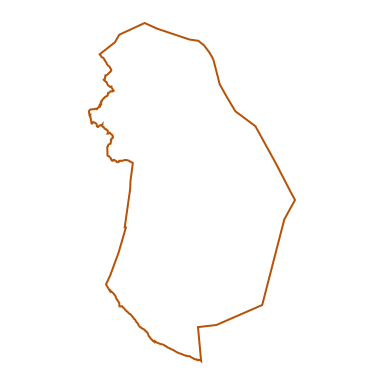 the district of Concepción del Oro, Zacatecas, Mexico
{"feature_id": "50627088B49626768055823", "entity_name": "Concepción del Oro", "entity_type": "district", "adm_level": 2, "iso_a3": "MEX", "parent_name": "Mexico", "parent_adm1": "Zacatecas", "projection": "albers", "projection_center": [-101.393, 24.45], "detail": "fine", "context": "isolated", "style": "outline", "palette": "amber", "viewbox_px": 384, "rotation_deg": 0, "n_neighbors": 0, "source": "geoboundaries", "source_scale": "gbopen_adm2", "svg_char_len": 5679}
<svg xmlns="http://www.w3.org/2000/svg" viewBox="0 0 384 384"><path d="M99.7,54.3L100.8,55.8L101.0,55.9L101.7,57.2L102.3,57.6L103.0,57.6L103.6,58.2L104.4,59.3L104.4,59.7L104.8,60.6L105.6,61.5L106.6,63.0L106.7,63.6L107.5,64.9L108.6,66.1L109.5,66.6L109.9,67.3L109.9,67.5L110.8,68.9L111.4,70.1L111.0,70.7L110.8,71.2L110.6,71.3L110.6,71.6L110.4,71.9L109.9,72.1L109.7,72.3L109.3,72.6L109.0,72.9L108.6,73.6L108.2,73.8L107.5,74.3L106.8,74.9L106.3,75.1L106.2,75.3L106.0,75.5L105.9,75.4L105.7,75.4L105.5,75.9L105.3,75.8L105.1,76.5L105.2,76.9L105.1,77.1L105.1,77.7L104.8,78.4L105.0,78.5L104.6,79.5L104.1,79.9L103.9,79.6L103.7,79.8L105.9,81.8L106.3,81.9L106.3,82.0L106.7,82.5L106.9,83.1L107.2,83.6L107.4,84.3L107.6,84.6L108.1,85.3L108.5,85.7L109.1,86.0L109.8,86.8L110.2,86.8L110.4,86.7L111.4,86.5L111.4,87.0L111.6,87.8L112.3,88.7L113.6,90.7L113.2,90.8L113.1,91.1L112.6,91.4L112.1,91.1L111.7,91.2L111.2,91.5L110.5,91.4L110.1,91.6L109.7,92.1L109.2,92.6L108.9,92.7L108.5,93.0L108.1,93.0L107.9,93.2L107.9,94.2L107.8,94.5L107.8,94.9L107.8,95.0L107.5,95.2L107.4,95.7L107.1,95.9L106.6,96.4L106.2,96.3L105.6,96.6L105.1,96.9L104.9,97.3L104.5,97.5L104.1,98.1L103.6,98.2L102.9,99.3L102.4,99.7L102.4,100.0L102.1,100.4L101.9,100.5L101.4,101.0L101.3,101.3L101.5,101.4L101.6,101.5L101.2,102.3L100.7,102.6L100.6,102.8L100.6,103.1L101.2,104.0L101.2,104.5L99.9,104.6L99.6,104.8L99.4,105.6L99.7,106.0L100.0,106.1L100.0,106.6L99.8,106.8L98.9,107.0L98.4,107.4L98.4,107.6L98.1,107.6L97.8,107.8L97.5,108.2L97.3,108.7L97.0,109.1L96.8,109.1L96.7,108.9L96.4,108.8L95.0,108.8L94.8,109.0L94.4,109.1L90.4,109.5L89.3,110.5L89.1,110.8L89.0,111.9L89.2,112.3L89.1,112.9L89.2,113.7L89.4,114.1L89.7,114.2L89.5,114.5L89.5,115.4L89.7,115.5L90.0,115.4L89.8,115.8L89.8,116.0L89.9,116.5L90.1,116.9L90.4,117.0L90.3,117.3L90.5,117.5L90.7,117.9L90.7,118.2L90.8,118.3L90.8,120.0L91.1,120.9L91.5,121.4L91.4,121.8L91.5,122.3L91.4,122.6L91.4,123.2L91.6,123.5L92.0,123.6L92.3,123.1L92.9,122.6L93.2,122.6L93.7,122.1L94.1,122.5L95.2,122.9L96.2,123.7L96.5,124.2L96.7,124.6L96.7,125.5L96.8,125.7L96.8,126.1L97.7,127.0L98.0,127.0L98.9,126.2L99.2,125.8L99.7,125.6L99.9,125.6L100.3,125.2L100.7,125.2L101.2,125.4L101.2,125.2L101.8,124.9L102.1,124.9L102.4,124.5L102.3,125.5L102.1,126.0L102.5,126.6L103.1,126.8L103.8,127.2L103.9,127.6L104.4,128.3L104.9,128.6L105.3,129.1L105.6,129.3L106.0,129.2L106.6,129.8L107.2,130.1L107.4,130.5L107.7,130.8L107.7,131.2L107.7,131.5L107.9,131.8L108.0,132.0L108.0,132.4L108.2,132.8L108.2,133.0L107.7,133.6L108.1,133.6L108.5,133.1L109.0,133.0L109.1,132.9L109.5,132.8L109.8,132.7L110.0,132.9L109.9,133.0L110.2,133.2L110.5,133.7L111.3,134.4L111.8,134.5L112.6,135.5L112.6,136.1L113.0,137.0L113.0,137.3L112.8,137.5L112.7,137.9L112.3,138.0L112.1,138.4L111.9,138.5L111.8,138.8L111.4,139.0L111.2,139.4L111.0,139.5L111.3,139.9L111.3,140.1L110.9,140.8L110.8,141.1L111.0,141.7L110.9,141.9L110.7,142.2L110.7,142.9L110.7,143.1L110.5,143.3L110.6,143.6L110.1,143.9L109.8,144.0L109.6,144.1L108.9,144.3L108.6,144.5L108.5,144.8L107.9,145.6L108.0,145.9L108.0,146.2L107.7,146.7L107.5,146.8L107.4,146.9L107.3,147.3L107.2,147.9L107.3,148.7L107.5,153.4L107.4,154.8L107.6,155.7L107.9,155.9L108.8,156.1L109.0,156.5L109.4,156.7L110.0,157.5L110.6,158.0L111.2,159.0L111.3,159.4L111.2,159.6L111.4,159.9L111.7,160.3L112.2,160.7L112.5,160.6L112.8,160.7L113.3,160.5L113.4,160.0L113.5,159.9L113.8,159.9L113.9,160.2L114.3,160.0L114.5,160.1L114.6,160.4L115.1,160.5L115.4,160.7L115.8,161.0L116.4,161.3L116.4,161.5L116.6,161.7L116.9,162.1L117.1,162.1L117.5,162.2L118.4,162.0L118.7,161.9L118.9,161.2L119.2,161.1L119.3,160.9L119.8,160.7L120.0,160.7L120.2,160.9L120.7,160.7L121.0,160.8L121.5,160.9L123.1,160.6L124.2,160.1L125.0,160.0L125.4,160.1L126.3,160.0L127.0,160.1L128.9,160.7L129.3,161.1L129.8,161.2L130.1,161.7L130.8,161.9L132.8,162.9L132.6,164.9L130.5,180.8L130.4,182.2L130.2,188.2L129.8,191.6L124.7,227.3L125.9,227.5L118.6,252.6L110.2,275.4L106.0,284.4L110.1,291.3L110.4,290.6L111.6,291.9L112.8,292.7L115.0,295.4L115.8,296.7L116.0,297.7L116.2,298.2L117.3,300.1L118.7,302.1L119.1,302.9L119.3,303.8L119.5,306.4L120.8,306.4L122.0,306.2L122.3,306.3L122.6,306.7L122.8,307.4L123.0,307.6L123.6,307.8L123.9,308.1L124.4,308.7L125.1,309.8L125.6,310.2L126.9,311.4L127.7,312.0L128.4,312.8L129.0,313.3L129.3,313.7L129.7,314.0L130.5,314.3L131.0,314.7L131.7,315.8L132.4,316.5L132.8,317.2L133.4,317.8L133.7,318.4L134.0,318.8L134.7,319.2L135.0,319.6L136.2,321.7L137.1,322.8L137.7,323.3L138.8,325.6L139.5,326.5L140.1,327.0L140.6,327.2L141.0,327.4L141.5,328.3L142.7,328.6L142.8,328.6L143.0,328.7L143.5,329.2L143.9,329.3L144.7,330.0L145.4,330.5L145.6,331.3L147.1,332.2L148.0,333.8L148.6,335.7L149.1,336.5L149.9,337.3L150.2,337.7L150.5,338.0L150.5,338.3L150.6,338.7L151.5,339.4L152.0,339.7L152.6,340.6L153.1,340.9L153.3,341.3L154.2,341.4L154.3,341.2L154.6,341.7L155.0,341.6L155.1,342.0L155.5,341.6L156.0,342.1L157.3,342.8L159.3,343.5L159.6,343.6L159.8,343.8L161.1,344.1L162.0,344.4L162.4,344.4L163.4,344.8L164.3,345.2L165.0,345.8L166.1,346.2L166.5,346.7L167.9,347.6L168.7,347.8L170.6,348.9L171.9,349.5L172.8,349.8L177.0,352.3L178.5,353.0L181.5,354.0L184.8,355.4L185.6,355.7L186.4,355.6L186.8,356.0L187.6,356.2L187.9,356.2L189.7,356.2L189.8,356.4L190.4,356.7L192.8,358.2L193.1,358.2L194.1,358.7L194.3,359.1L195.6,359.4L196.1,359.4L196.3,359.3L196.8,359.4L197.2,359.7L197.4,360.2L197.9,360.3L198.6,359.9L198.8,359.9L199.4,359.9L199.7,360.1L200.5,360.4L201.1,361.0L198.0,327.1L216.4,325.0L262.2,305.0L284.3,219.4L295.0,200.0L291.3,193.2L276.1,163.8L255.4,126.2L235.4,111.3L226.9,97.1L219.7,84.3L213.6,60.4L212.4,57.6L209.6,52.8L204.0,45.3L198.3,40.8L189.4,39.5L156.9,28.6L144.6,23.0L119.3,34.7L114.9,42.3L99.7,54.3Z" fill="none" stroke="#b45309" stroke-width="2"/></svg>